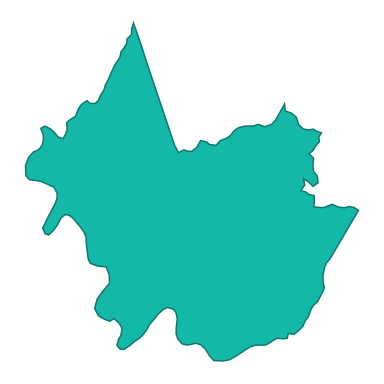 the district of São Pedro do Ivaí, Paraná, Brazil
{"feature_id": "56859067B83474716083544", "entity_name": "São Pedro do Ivaí", "entity_type": "district", "adm_level": 2, "iso_a3": "BRA", "parent_name": "Brazil", "parent_adm1": "Paraná", "projection": "equal_earth", "projection_center": [-51.879, -23.83], "detail": "fine", "context": "isolated", "style": "filled", "palette": "teal", "viewbox_px": 384, "rotation_deg": 0, "n_neighbors": 0, "source": "geoboundaries", "source_scale": "gbopen_adm2", "svg_char_len": 2425}
<svg xmlns="http://www.w3.org/2000/svg" viewBox="0 0 384 384"><path d="M133.5,23.0L131.5,29.4L131.7,34.1L127.0,39.1L126.5,43.8L124.0,48.0L121.1,51.6L119.9,57.3L114.8,65.0L111.0,73.2L108.1,80.1L105.5,84.6L104.0,89.8L100.2,96.0L98.4,100.5L95.4,103.3L90.2,103.5L87.0,100.7L81.6,104.3L78.6,108.4L75.5,116.4L70.2,119.5L66.6,122.8L67.2,129.3L65.4,134.5L63.1,138.6L58.2,137.0L53.6,131.7L49.9,128.6L44.8,126.1L40.8,128.4L43.1,134.2L43.5,139.6L42.1,145.3L38.7,149.7L33.6,151.9L28.7,157.3L25.5,165.5L25.9,175.7L29.4,179.7L35.7,180.5L41.2,181.5L53.9,187.2L57.1,193.0L57.0,198.2L55.3,203.5L51.6,210.4L46.4,220.4L42.7,228.0L45.0,233.7L48.6,235.0L53.6,230.3L57.6,224.6L60.9,218.1L65.3,214.5L69.3,215.3L72.9,218.1L80.0,226.5L84.1,232.4L86.0,236.5L86.4,244.9L88.2,259.0L90.4,263.4L97.1,265.9L101.1,266.4L106.2,267.0L109.3,275.0L109.5,283.3L102.5,291.5L97.3,298.8L94.6,308.3L98.3,315.7L104.5,319.3L109.9,321.3L113.9,318.5L119.1,323.1L122.1,328.5L120.8,335.6L118.6,339.3L116.9,345.3L120.2,349.2L124.2,349.4L130.1,345.3L134.3,341.7L139.4,338.3L143.1,334.6L147.1,329.2L149.5,324.6L155.0,318.1L157.7,314.5L163.3,309.4L167.4,307.5L173.2,309.1L175.9,312.4L177.3,318.7L176.2,327.7L176.2,334.2L177.8,338.8L181.9,343.8L186.4,345.0L190.2,344.6L195.9,343.2L201.0,345.0L205.4,349.2L209.6,355.9L213.8,360.5L222.7,361.0L229.8,359.7L238.4,354.6L246.3,349.2L250.8,346.6L255.2,345.3L259.6,345.1L266.0,345.0L272.6,340.8L277.1,338.2L283.1,338.8L287.2,338.3L288.2,333.6L294.1,334.2L298.4,330.8L302.8,326.5L305.1,321.1L308.3,316.8L310.1,311.7L312.6,306.3L317.8,301.4L324.4,288.1L323.3,283.3L322.9,276.1L324.5,267.2L326.6,262.8L330.1,258.7L332.9,253.9L358.5,210.4L354.0,207.4L349.0,206.5L344.9,207.8L338.5,207.1L332.3,204.3L323.7,207.6L318.7,207.4L313.9,206.8L314.4,201.4L314.2,195.6L309.4,194.6L305.8,192.0L300.8,190.7L304.8,184.9L303.5,179.0L307.7,181.2L313.0,186.4L318.0,182.8L317.4,176.2L313.8,171.8L312.8,165.4L313.6,158.2L309.0,153.7L313.4,150.2L315.7,145.8L319.4,141.9L318.8,137.1L321.4,132.9L316.9,131.4L313.1,129.1L309.4,129.9L303.3,129.1L298.7,124.6L296.3,117.2L291.4,113.1L285.3,111.0L284.5,104.1L275.5,120.2L271.7,124.3L264.6,126.8L258.1,124.3L253.2,126.1L244.8,126.1L238.4,127.8L234.0,130.9L230.5,135.5L225.9,138.6L220.5,140.4L216.0,145.3L209.6,144.5L206.4,141.9L200.5,140.6L196.9,147.3L191.7,151.4L187.9,151.2L183.9,149.9L178.5,152.6L174.6,145.3L154.7,86.2L146.6,62.1L141.1,44.8L133.5,23.0Z" fill="#14b8a6" stroke="#0f766e" stroke-width="1.5"/></svg>